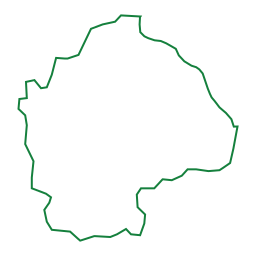 the district of Gimhae-si, South Gyeongsang, South Korea
{"feature_id": "91817680B1708787718818", "entity_name": "Gimhae-si", "entity_type": "district", "adm_level": 2, "iso_a3": "KOR", "parent_name": "South Korea", "parent_adm1": "South Gyeongsang", "projection": "equal_earth", "projection_center": [128.865, 35.269], "detail": "fine", "context": "isolated", "style": "outline", "palette": "green", "viewbox_px": 256, "rotation_deg": 0, "n_neighbors": 0, "source": "geoboundaries", "source_scale": "gbopen_adm2", "svg_char_len": 1126}
<svg xmlns="http://www.w3.org/2000/svg" viewBox="0 0 256 256"><path d="M140.4,16.5L121.0,15.4L115.1,21.7L102.7,24.4L91.0,28.8L78.5,54.9L67.7,58.5L64.3,58.5L56.1,57.9L51.8,74.7L46.8,87.3L41.0,88.2L34.4,80.1L26.0,81.9L26.8,98.1L19.4,99.0L18.5,108.9L25.2,115.3L26.8,125.2L25.2,144.1L33.5,161.2L31.8,177.5L31.8,188.3L46.0,193.7L51.0,197.3L49.3,202.7L44.3,209.9L46.8,221.7L51.8,229.8L70.1,231.6L78.4,239.1L78.8,239.4L80.1,240.6L80.3,240.6L94.3,236.1L94.5,236.1L110.1,237.0L110.3,237.0L117.0,234.3L126.0,229.0L131.0,234.3L140.1,235.2L144.3,223.5L145.1,214.5L137.6,207.2L136.8,194.6L141.0,188.3L154.3,188.3L162.6,179.3L162.8,179.3L171.8,180.2L181.8,175.7L187.6,169.3L187.8,169.3L195.9,169.3L208.4,171.1L208.6,171.1L219.5,170.2L223.3,167.7L230.1,163.0L233.4,148.6L237.5,126.5L233.8,126.6L231.4,119.2L225.9,112.9L222.5,110.0L219.5,107.4L214.7,101.1L211.6,97.4L209.9,93.8L207.8,88.6L202.7,73.5L199.3,69.4L196.2,67.2L191.5,65.7L184.3,61.3L181.9,58.7L178.8,55.4L175.8,48.8L171.3,46.2L166.2,43.3L160.8,41.0L154.6,40.3L148.1,38.1L144.4,36.3L140.3,32.2L139.6,24.5L140.0,17.1L140.4,16.5Z" fill="none" stroke="#15803d" stroke-width="2"/></svg>